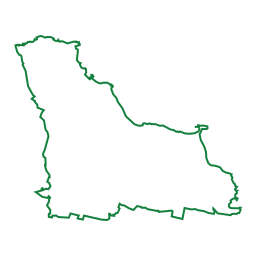 the district of Balbriggan Lea-5, Fingal, Ireland
{"feature_id": "5873133B84981347333265", "entity_name": "Balbriggan Lea-5", "entity_type": "district", "adm_level": 2, "iso_a3": "IRL", "parent_name": "Ireland", "parent_adm1": "Fingal", "projection": "robinson", "projection_center": [-6.161, 53.585], "detail": "fine", "context": "isolated", "style": "outline", "palette": "green", "viewbox_px": 256, "rotation_deg": 0, "n_neighbors": 0, "source": "geoboundaries", "source_scale": "gbopen_adm2", "svg_char_len": 3359}
<svg xmlns="http://www.w3.org/2000/svg" viewBox="0 0 256 256"><path d="M15.4,45.4L17.1,51.6L19.1,54.7L20.9,55.4L21.4,56.2L22.3,61.9L23.4,63.5L22.6,64.7L25.6,70.9L28.1,86.2L32.9,95.0L34.6,96.4L31.7,98.9L35.1,101.2L34.8,101.8L37.4,104.9L37.5,107.6L43.7,110.1L41.6,113.2L40.3,117.0L44.0,120.5L45.6,129.6L47.4,132.0L48.5,136.2L44.9,149.5L43.0,153.9L43.6,156.8L45.4,157.9L45.6,163.2L45.1,164.2L45.7,165.1L45.0,165.7L46.3,170.4L49.5,175.1L49.6,177.4L48.8,177.4L47.3,181.8L49.1,182.9L50.5,186.2L48.3,189.3L46.0,188.7L43.2,190.0L42.5,188.2L41.9,188.5L42.5,189.3L41.7,189.7L42.0,190.4L35.8,192.1L42.5,196.9L47.4,197.9L48.7,196.2L50.1,197.7L49.2,198.8L49.1,201.3L47.0,205.4L50.3,210.0L50.1,213.6L48.8,213.9L48.8,216.9L52.0,217.4L52.4,215.7L56.3,215.6L58.2,217.0L68.8,217.7L70.5,213.5L78.7,215.5L77.6,218.4L78.8,218.8L82.9,219.5L84.0,215.6L101.5,219.6L107.1,220.0L109.4,218.5L109.2,213.8L110.2,214.0L110.5,215.4L114.0,215.8L113.6,214.6L114.9,214.5L115.9,213.2L117.7,212.8L119.6,208.5L118.4,207.2L119.7,203.7L121.4,205.0L124.6,205.6L128.8,208.2L133.4,210.0L137.1,206.1L141.4,207.0L141.8,207.8L145.5,207.7L147.7,209.2L156.8,210.9L157.9,210.6L158.7,211.0L158.8,211.9L171.8,210.6L172.6,211.3L171.7,216.4L182.4,219.0L184.6,208.0L190.9,209.4L195.6,209.1L197.6,210.1L204.2,211.2L208.9,213.1L214.0,213.8L214.6,211.0L213.3,209.5L213.4,208.5L217.6,213.3L230.6,215.2L231.8,214.1L234.8,213.7L236.8,214.0L237.6,213.2L239.3,212.9L240.6,209.6L239.7,208.7L240.2,208.1L239.4,208.2L239.4,207.8L238.4,208.3L231.3,208.1L229.3,207.3L229.0,206.3L229.1,204.2L231.2,202.2L230.5,200.7L231.1,199.9L233.8,198.4L236.7,198.9L236.7,201.3L236.9,198.8L238.3,198.4L235.6,197.8L235.3,196.8L235.2,194.7L237.0,193.1L236.3,191.1L236.9,190.7L235.6,190.4L235.0,189.3L237.0,186.8L235.4,186.2L234.9,184.1L233.6,183.0L231.8,179.2L232.4,177.4L231.1,175.5L231.6,174.3L227.7,172.8L226.1,172.7L222.8,170.9L220.0,167.3L215.9,165.9L210.7,165.2L208.2,162.9L206.3,157.8L206.0,152.0L204.3,146.7L200.8,140.1L199.6,134.3L202.2,128.9L206.5,129.1L207.5,128.4L207.4,126.4L202.8,125.5L200.4,125.8L198.1,125.2L197.8,126.5L194.8,127.1L198.3,126.7L198.9,127.1L199.5,129.1L198.3,131.5L194.5,133.3L188.6,133.8L184.5,133.3L180.0,131.5L178.6,132.2L177.7,131.4L176.4,131.8L173.5,130.0L170.5,129.5L163.0,125.5L159.8,125.8L155.8,124.2L150.9,124.1L149.8,123.4L147.5,124.1L144.1,123.2L143.0,123.7L142.6,125.3L140.3,125.8L137.6,125.4L134.3,124.1L125.9,116.3L122.4,108.2L118.0,102.2L116.4,98.1L113.1,94.1L111.3,89.1L111.4,88.1L112.9,86.5L111.9,85.0L111.5,85.7L110.6,85.5L110.8,84.6L106.7,82.5L105.2,82.9L103.9,82.5L101.5,83.4L98.9,83.1L95.5,81.3L92.1,78.4L93.3,76.2L92.2,74.8L91.6,75.0L93.1,76.1L91.9,77.8L89.8,79.3L89.0,78.6L92.1,77.1L91.4,76.9L91.9,75.6L91.1,77.1L89.5,77.9L87.9,77.5L85.0,74.7L86.2,72.5L85.9,68.9L85.0,68.2L84.0,68.6L81.7,67.9L79.9,64.9L80.6,63.1L79.1,62.8L76.9,60.1L77.9,50.3L77.7,49.5L76.0,48.7L75.5,46.3L79.8,45.0L79.7,43.9L78.6,43.4L78.8,42.4L78.1,42.7L77.1,41.8L76.0,42.1L75.8,41.6L73.5,41.7L67.4,43.4L62.2,41.2L59.4,41.7L58.9,40.6L58.0,40.9L57.9,40.2L57.4,40.9L55.3,40.8L54.1,40.1L53.9,38.9L53.2,39.1L53.1,38.2L50.7,37.1L46.5,37.0L45.3,37.7L41.3,36.0L38.9,36.4L38.8,36.5L36.4,37.5L37.0,39.1L35.8,39.9L34.6,39.3L34.2,40.7L33.1,41.7L31.5,42.1L30.2,41.5L29.1,42.1L27.8,41.9L26.8,43.3L22.9,43.7L23.0,44.4L24.6,44.6L23.8,45.4L19.1,44.8L18.7,45.6L17.5,44.8L15.4,45.4Z" fill="none" stroke="#15803d" stroke-width="2"/></svg>